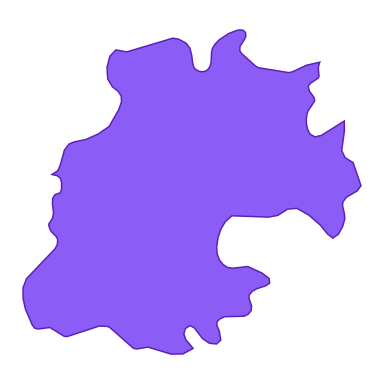 the Province of Enna
{"feature_id": "ITA-5412", "entity_name": "Enna", "entity_type": "Province", "adm_level": 1, "iso_a3": "ITA", "parent_name": "Italy", "parent_adm1": "", "projection": "mercator", "projection_center": [14.474, 37.585], "detail": "fine", "context": "isolated", "style": "filled", "palette": "violet", "viewbox_px": 384, "rotation_deg": 0, "n_neighbors": 0, "source": "natural_earth", "source_scale": "10m", "svg_char_len": 2093}
<svg xmlns="http://www.w3.org/2000/svg" viewBox="0 0 384 384"><path d="M319.8,62.2L318.9,64.8L318.4,67.3L318.4,69.8L319.0,75.6L318.8,76.8L318.1,78.2L310.7,83.1L308.1,86.2L309.4,91.1L314.1,97.6L314.7,100.9L308.1,110.9L307.1,113.5L306.3,118.8L306.5,124.3L307.7,129.5L310.0,134.1L315.0,136.9L321.4,135.4L344.3,121.0L344.4,131.0L341.7,150.6L345.1,157.7L353.1,162.6L361.0,185.7L357.2,190.9L346.5,197.2L342.9,201.9L342.6,205.7L344.5,214.4L344.8,218.8L342.7,226.4L338.4,234.2L332.9,238.1L327.5,234.0L320.5,225.3L309.1,215.3L296.9,208.4L287.6,209.1L277.8,215.4L268.6,217.1L231.9,215.8L225.5,221.5L220.9,229.0L218.0,237.8L216.6,247.5L217.2,254.0L219.4,259.9L223.1,264.6L227.8,267.5L232.7,268.2L247.7,266.5L262.1,273.1L269.1,278.5L269.7,283.2L265.6,285.8L256.6,288.8L252.4,291.2L249.2,294.9L248.9,298.1L251.6,305.9L251.2,310.5L248.3,314.1L244.2,316.2L224.7,316.7L220.0,318.8L217.3,321.5L216.7,324.2L217.6,327.1L219.2,330.7L220.8,340.1L216.5,344.0L209.5,343.3L202.6,338.6L194.1,327.7L189.9,325.6L185.3,328.7L183.9,334.0L185.8,339.6L193.1,348.4L183.0,353.9L171.0,354.1L147.9,347.1L136.8,349.0L133.3,348.2L110.3,327.9L107.9,326.5L99.4,326.0L67.4,336.5L64.2,336.3L49.9,327.5L38.3,329.0L34.9,328.3L32.2,324.9L25.4,309.0L23.1,298.5L23.0,288.0L26.4,278.8L55.2,248.6L57.3,244.5L57.7,239.8L56.5,236.8L51.9,232.3L50.2,229.7L48.7,225.3L49.1,223.3L50.6,221.4L52.7,217.7L53.5,213.1L52.4,203.2L52.7,198.4L54.9,194.7L60.2,192.8L61.5,189.3L61.6,182.9L60.5,178.5L57.5,175.8L52.0,174.5L57.9,170.6L60.5,164.4L64.4,150.1L69.1,144.0L73.9,142.0L86.1,139.4L98.2,134.0L109.2,126.4L118.7,109.8L121.5,101.9L121.2,96.0L118.1,91.3L112.4,86.8L107.7,78.9L107.0,67.3L109.9,56.2L115.9,49.9L126.8,51.9L172.7,38.2L178.5,39.1L186.0,43.1L189.8,48.0L191.6,54.7L192.8,63.8L193.9,67.4L196.1,69.8L199.0,71.3L202.1,71.8L205.4,71.2L208.1,69.3L210.0,66.4L211.1,62.5L211.5,52.9L212.3,48.7L214.9,44.3L219.0,40.0L228.6,33.6L236.5,30.5L240.0,29.9L243.3,30.3L245.5,32.5L245.8,36.5L244.2,39.9L240.1,46.2L239.7,50.4L241.5,53.4L255.2,65.8L258.4,67.7L288.7,72.6L292.2,71.9L306.6,65.2L319.8,62.2Z" fill="#8b5cf6" stroke="#5b21b6" stroke-width="1.5"/></svg>